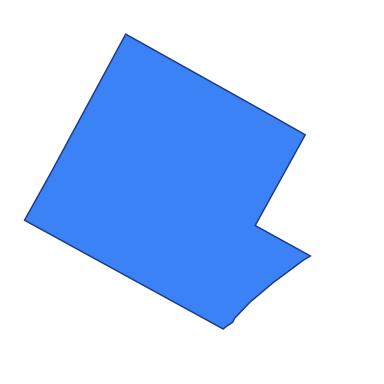 Van Buren, Michigan, United States of America (Albers equal-area conic projection), rotated 209°
{"feature_id": "52423323B49576976104911", "entity_name": "Van Buren", "entity_type": "district", "adm_level": 2, "iso_a3": "USA", "parent_name": "United States of America", "parent_adm1": "Michigan", "projection": "albers", "projection_center": [-86.138, 42.245], "detail": "fine", "context": "isolated", "style": "filled", "palette": "blue", "viewbox_px": 384, "rotation_deg": 209, "n_neighbors": 0, "source": "geoboundaries", "source_scale": "gbopen_adm2", "svg_char_len": 338}
<svg xmlns="http://www.w3.org/2000/svg" viewBox="0 0 384 384"><g transform="rotate(209 192 192)"><path d="M324.8,86.1L98.3,87.3L96.9,90.9L93.3,97.8L93.5,102.2L87.8,124.1L76.8,152.7L61.4,186.7L57.5,193.4L120.5,193.3L120.7,296.9L172.2,297.4L326.5,297.9L324.7,139.8L324.8,86.1Z" fill="#3b82f6" stroke="#1e3a8a" stroke-width="1.5"/></g></svg>